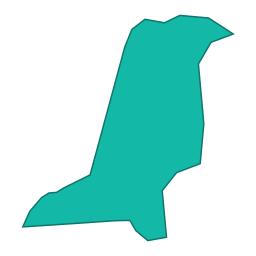 Ngora, Albers equal-area conic projection
{"feature_id": "UGA-5590", "entity_name": "Ngora", "entity_type": "District", "adm_level": 1, "iso_a3": "UGA", "parent_name": "Uganda", "parent_adm1": "", "projection": "albers", "projection_center": [33.741, 1.488], "detail": "fine", "context": "isolated", "style": "filled", "palette": "teal", "viewbox_px": 256, "rotation_deg": 0, "n_neighbors": 0, "source": "natural_earth", "source_scale": "10m", "svg_char_len": 438}
<svg xmlns="http://www.w3.org/2000/svg" viewBox="0 0 256 256"><path d="M179.9,15.4L208.6,18.0L233.2,34.0L211.0,42.3L198.4,64.0L203.8,123.8L200.2,163.6L176.6,172.6L162.2,190.7L166.5,237.2L147.8,240.6L136.0,230.8L129.8,220.4L115.0,220.7L22.8,226.9L29.8,211.3L41.6,197.6L48.9,193.0L56.5,192.4L64.2,187.7L90.1,174.9L120.4,63.3L124.7,47.3L131.9,29.4L145.0,19.3L164.5,22.8L179.9,15.4Z" fill="#14b8a6" stroke="#0f766e" stroke-width="1.5"/></svg>